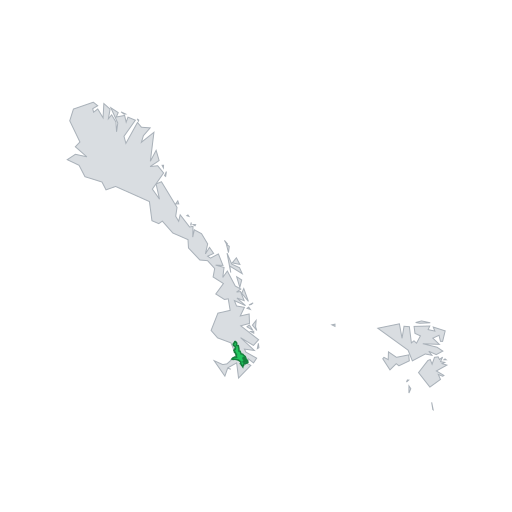 Deatnu sme 1, Finnmark, Norway (highlighted), rotated 100°
{"feature_id": "86288312B77332611217314", "entity_name": "Deatnu sme 1", "entity_type": "district", "adm_level": 2, "iso_a3": "NOR", "parent_name": "Norway", "parent_adm1": "Finnmark", "projection": "orthographic", "projection_center": [27.521, 70.269], "detail": "fine", "context": "in_parent", "style": "filled", "palette": "green", "viewbox_px": 512, "rotation_deg": 100, "n_neighbors": 0, "source": "geoboundaries", "source_scale": "gbopen_adm2", "svg_char_len": 6957}
<svg xmlns="http://www.w3.org/2000/svg" viewBox="0 0 512 512"><g transform="rotate(100 256 256)"><path d="M314.0,272.0L303.0,275.9L304.3,279.5L300.4,289.0L288.8,283.3L284.1,294.6L275.5,294.5L269.0,302.9L269.7,310.6L259.8,323.9L251.7,325.8L247.8,341.9L237.9,354.3L241.0,357.4L239.3,364.6L220.9,370.4L211.9,406.4L216.9,415.2L209.9,420.5L207.6,438.2L197.4,446.0L193.9,458.6L187.2,451.5L187.7,439.8L179.8,452.9L174.3,449.2L155.2,462.9L143.0,461.3L132.8,442.9L135.5,438.0L139.3,442.4L142.6,440.9L138.7,437.4L146.5,430.6L132.3,432.3L136.7,425.2L146.4,425.2L142.1,422.7L148.3,417.2L157.9,414.9L149.1,415.2L135.2,424.7L138.7,416.6L143.4,417.7L140.4,409.8L146.7,407.1L141.5,406.2L143.2,398.4L161.0,406.8L167.7,403.7L145.1,395.9L149.1,391.2L148.2,382.5L157.1,387.8L163.9,388.6L151.9,378.0L181.1,376.5L169.3,372.7L178.8,368.0L186.3,375.8L184.2,368.5L190.3,361.4L208.1,369.7L216.8,360.9L202.4,366.9L199.3,362.0L221.9,342.2L230.8,342.0L235.2,338.2L228.6,337.8L239.0,326.4L237.7,323.2L248.4,321.6L240.9,321.3L243.5,313.5L252.5,305.7L262.7,306.2L255.6,303.3L260.8,298.2L264.6,303.6L266.0,300.4L260.5,293.4L271.0,286.9L272.0,294.2L272.8,285.5L282.9,285.0L275.8,281.6L289.2,271.2L291.2,265.2L294.9,268.9L293.7,265.1L302.0,259.9L300.7,267.5L306.7,257.7L303.7,269.5L308.6,266.5L308.6,258.5L317.8,261.1L314.3,252.7L323.5,250.7L327.4,258.9L338.0,238.9L344.5,243.0L339.1,257.0L349.3,241.2L349.7,251.2L352.4,249.3L356.5,237.6L361.7,239.9L358.5,245.9L361.0,246.1L360.5,254.5L364.6,242.1L379.2,252.0L364.6,256.5L371.1,264.4L379.7,265.8L366.4,279.0L368.7,269.9L367.3,265.9L357.5,258.2L345.9,265.6L343.3,279.6L337.1,287.3L318.9,283.6L314.0,272.0ZM317.2,55.5L321.8,61.4L319.8,69.3L323.2,65.5L323.1,72.3L332.1,83.8L322.3,89.9L306.0,123.5L297.9,103.0L311.7,97.9L299.5,98.0L299.0,92.7L314.6,87.9L312.1,85.7L314.0,82.8L306.1,80.2L304.6,86.0L297.9,88.1L294.8,72.7L298.6,73.7L298.9,66.8L295.2,69.1L296.9,56.7L307.7,57.4L308.0,59.5L302.3,62.0L306.2,67.6L311.2,60.1L313.4,76.5L314.4,61.9L317.2,55.5ZM330.3,49.1L337.9,58.4L341.0,50.2L342.0,51.3L341.0,55.9L345.5,52.9L354.9,62.0L342.6,75.7L329.1,68.6L327.7,66.4L332.0,63.8L324.8,62.6L323.7,59.1L326.1,57.3L323.2,54.7L328.0,55.9L328.0,51.7L329.7,54.0L330.3,49.1ZM332.6,86.8L339.3,96.2L337.7,99.2L344.9,104.3L335.2,113.3L333.6,112.4L335.1,107.8L327.4,108.9L331.4,100.1L326.9,88.5L332.6,86.8ZM270.5,280.0L276.7,278.0L258.2,285.0L268.2,278.5L270.4,270.2L275.8,266.5L270.5,280.0ZM282.1,265.9L289.7,266.5L279.8,271.4L282.1,265.9ZM290.2,262.4L302.0,255.6L295.2,263.6L290.2,262.4ZM291.5,72.8L293.8,83.0L293.8,87.2L291.2,81.7L291.5,72.8ZM267.1,270.4L266.9,278.2L261.2,275.0L267.1,270.4ZM329.2,242.3L324.7,247.5L319.4,244.7L325.9,244.1L329.2,242.3ZM329.6,246.3L327.3,252.6L325.1,250.6L329.6,246.3ZM251.1,284.0L257.4,283.7L249.8,287.1L251.1,284.0ZM376.5,55.2L369.6,57.6L376.7,54.8L376.5,55.2ZM359.8,80.5L364.4,81.6L357.4,82.8L359.8,80.5ZM341.6,238.5L345.8,237.2L347.0,238.6L341.6,238.5ZM332.4,244.8L331.3,248.2L330.4,245.2L332.4,244.8ZM309.6,252.3L309.1,255.7L307.6,254.3L309.6,252.3ZM311.6,166.0L310.6,169.3L309.4,166.4L311.6,166.0ZM354.0,85.9L351.8,85.4L351.7,84.1L354.0,85.9ZM218.1,341.1L218.7,344.2L215.3,342.6L218.1,341.1ZM302.6,250.7L304.5,252.2L305.5,254.4L302.6,250.7ZM325.2,50.7L325.6,53.0L324.5,52.0L325.2,50.7ZM192.7,360.0L188.4,358.9L193.3,358.8L192.7,360.0ZM185.3,362.5L183.0,364.2L182.7,362.8L185.3,362.5ZM248.7,287.7L246.1,289.8L249.3,285.9L248.7,287.7ZM139.2,410.5L137.5,413.9L138.8,409.1L139.2,410.5ZM235.9,323.3L235.6,320.9L236.8,321.3L235.9,323.3ZM371.9,261.1L371.5,263.9L371.4,263.4L371.9,261.1ZM236.6,325.7L234.2,325.6L237.2,325.3L236.6,325.7ZM228.6,329.0L228.3,331.1L227.4,330.2L228.6,329.0ZM143.5,395.1L141.6,396.8L142.5,395.1L143.5,395.1Z" fill="#d9dde1" stroke="#a8b0b8" stroke-width="1"/><path d="M367.4,249.8L366.7,249.8L366.0,249.2L364.5,249.3L364.0,248.2L364.0,247.7L363.2,246.9L363.1,246.4L362.8,246.0L362.5,245.8L362.5,246.0L362.6,246.3L362.5,246.5L362.4,246.6L362.4,246.8L362.3,247.0L362.4,247.3L362.3,247.5L362.2,247.6L362.0,247.9L362.0,248.0L361.9,248.4L361.9,248.5L362.0,248.7L362.1,248.8L362.2,249.0L362.3,249.0L362.3,249.3L362.6,249.3L362.8,249.3L362.6,249.6L362.6,249.8L362.5,250.0L362.6,250.3L362.4,250.4L362.2,250.2L362.2,249.9L362.3,249.8L362.3,249.7L362.2,249.6L362.1,249.3L362.1,249.2L362.1,249.3L362.1,249.5L361.8,249.7L361.7,249.7L361.6,249.8L361.5,249.7L361.7,249.4L361.6,249.2L361.4,249.3L361.2,249.4L360.9,249.3L360.9,249.2L360.8,249.3L360.7,249.5L360.4,249.7L360.3,249.8L360.1,249.9L360.0,250.0L359.9,250.1L359.8,250.3L359.7,250.4L359.7,250.5L359.6,250.8L359.5,251.0L359.4,251.0L359.5,250.9L359.5,250.7L359.4,250.6L359.5,250.5L359.5,250.4L359.7,250.1L359.9,250.0L360.1,249.7L360.3,249.6L360.5,249.5L360.5,249.4L360.4,249.2L360.2,249.2L359.8,249.5L359.7,249.5L359.4,249.7L359.3,249.8L359.2,249.9L359.1,249.7L359.0,249.8L358.9,249.8L358.7,250.1L358.6,250.3L358.7,249.9L358.8,249.8L358.9,249.7L359.0,249.6L359.2,249.4L359.0,249.5L358.9,249.5L358.7,249.7L358.5,249.9L358.3,250.3L358.3,250.8L358.2,250.8L358.2,250.6L358.1,250.4L358.1,250.2L358.2,249.9L358.0,249.7L358.4,249.5L358.5,249.4L358.5,249.2L358.8,249.0L359.0,248.9L359.2,248.7L359.6,248.4L359.9,248.2L360.0,248.1L360.2,247.9L360.4,247.8L360.4,247.7L360.5,247.6L360.7,247.4L360.8,247.1L360.9,246.7L361.0,246.6L361.1,246.4L361.2,245.8L361.2,245.5L361.1,245.4L361.1,245.2L360.8,246.2L360.1,246.8L358.7,248.3L358.3,248.3L357.7,248.6L357.0,249.1L356.7,249.5L356.5,249.8L355.8,251.2L355.4,251.5L355.1,251.9L355.1,252.1L355.0,252.5L355.0,252.9L355.0,253.7L352.5,255.2L352.5,256.4L350.7,256.6L348.0,257.6L347.7,257.7L347.3,257.9L347.4,259.5L346.4,259.9L345.9,259.7L345.3,259.8L345.0,259.9L344.5,260.4L344.3,260.6L343.9,261.3L344.4,261.5L344.2,262.1L344.7,262.1L345.2,262.5L345.4,262.5L346.0,262.4L346.2,263.0L346.7,263.1L347.3,263.0L347.4,262.9L347.5,262.9L347.8,262.7L348.0,262.5L348.0,262.4L348.2,262.2L348.3,262.1L348.4,261.8L348.4,261.7L348.3,261.4L348.5,261.3L348.7,261.1L348.7,260.8L348.7,260.7L348.8,260.6L349.3,260.5L349.5,260.4L349.8,260.3L350.1,260.2L350.3,260.3L350.4,260.5L350.5,260.6L350.8,260.4L351.4,260.3L351.4,260.5L351.6,260.8L351.8,260.8L351.9,260.7L352.1,260.7L352.3,260.8L352.4,261.0L352.5,261.1L352.6,261.3L352.8,261.1L353.1,261.2L353.3,260.9L353.5,260.9L353.9,260.6L354.0,260.6L354.3,260.5L354.4,260.4L354.5,260.4L354.5,260.2L354.4,260.2L354.3,259.9L354.5,259.7L354.8,259.7L355.1,259.5L355.1,259.4L355.3,259.2L356.0,259.1L356.1,258.9L356.1,258.7L356.2,258.3L356.3,258.3L356.4,258.2L356.5,258.1L356.9,258.0L357.0,258.0L357.3,258.1L357.5,258.2L357.8,258.0L358.1,257.9L358.4,257.8L358.6,257.8L358.8,257.7L359.0,257.6L359.1,258.4L359.2,259.2L359.4,259.6L360.4,261.1L361.7,261.9L361.9,260.7L361.5,259.4L361.3,257.7L361.5,256.2L361.5,255.8L361.5,255.6L361.7,255.0L362.9,252.6L364.1,252.5L364.7,252.7L364.8,252.3L364.9,252.2L365.1,251.9L365.4,251.8L365.5,251.5L365.7,251.3L365.8,251.2L365.9,251.3L366.3,251.2L366.4,250.9L366.5,250.6L366.6,250.3L366.9,250.1L367.2,250.0L367.4,249.8Z" fill="#22c55e" stroke="#15803d" stroke-width="1.5"/></g></svg>